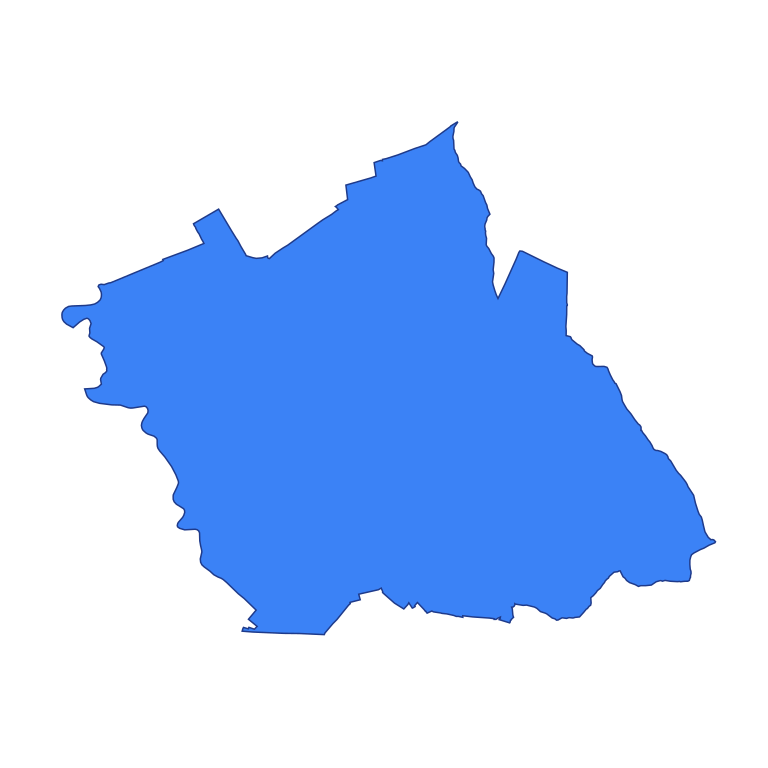 Vorona, Botosani, Romania, rotated 354°
{"feature_id": "2599482B82884010632757", "entity_name": "Vorona", "entity_type": "district", "adm_level": 2, "iso_a3": "ROU", "parent_name": "Romania", "parent_adm1": "Botosani", "projection": "mercator", "projection_center": [26.622, 47.579], "detail": "fine", "context": "isolated", "style": "filled", "palette": "blue", "viewbox_px": 768, "rotation_deg": 354, "n_neighbors": 0, "source": "geoboundaries", "source_scale": "gbopen_adm2", "svg_char_len": 6123}
<svg xmlns="http://www.w3.org/2000/svg" viewBox="0 0 768 768"><g transform="rotate(354 384 384)"><path d="M298.4,627.0L299.3,625.4L308.1,617.0L312.6,613.3L325.6,600.3L327.5,598.9L327.2,598.0L327.4,597.6L337.8,596.1L336.9,590.4L357.0,588.0L359.9,586.7L361.0,590.3L360.8,591.2L361.6,592.2L371.5,603.0L380.2,609.8L384.7,605.8L385.8,604.2L388.7,609.8L389.1,609.8L391.7,608.6L391.4,607.6L394.4,604.8L400.2,612.4L401.4,614.4L401.7,614.3L402.9,616.4L407.8,614.8L409.4,615.8L416.3,617.6L417.7,618.2L422.4,619.2L429.3,621.5L431.6,622.7L433.7,622.9L438.0,624.3L438.1,622.7L447.8,624.9L464.4,627.8L468.9,628.9L468.9,629.6L470.8,629.8L472.8,628.8L475.4,627.9L475.0,629.3L473.9,630.4L484.0,634.7L484.4,634.3L485.1,632.3L485.7,632.1L486.1,631.4L488.5,629.5L488.2,628.7L488.0,627.1L488.1,620.9L487.6,619.3L489.0,619.3L490.4,618.4L491.2,616.9L491.2,616.2L491.9,616.7L499.2,618.7L502.7,618.8L510.4,621.6L512.6,623.1L515.8,626.7L520.3,628.7L521.8,629.6L526.8,634.3L529.4,635.4L530.9,636.9L532.5,636.9L536.2,635.3L537.0,635.2L541.0,636.2L543.6,635.7L547.1,636.4L548.4,636.4L549.2,636.1L554.1,636.1L558.8,631.9L561.7,629.0L562.8,628.6L564.6,626.6L566.4,625.6L567.1,623.5L567.3,618.2L567.6,617.9L570.0,616.4L573.0,613.7L574.6,611.8L577.7,609.8L580.7,606.2L582.5,604.5L583.5,602.9L585.6,601.2L586.9,600.5L587.9,598.9L593.1,595.2L596.8,595.1L598.2,594.5L599.3,594.5L601.6,600.7L603.4,602.4L604.7,604.7L607.5,607.2L612.9,609.8L615.9,611.9L618.2,611.4L623.0,611.9L628.9,611.9L634.1,609.1L638.2,608.4L638.9,608.5L640.3,609.2L643.0,608.7L648.2,610.1L655.0,611.2L657.5,611.3L658.3,611.7L661.9,611.6L665.6,611.9L667.1,611.3L667.9,609.3L668.5,608.6L668.9,606.4L669.6,604.4L669.7,602.3L669.2,600.1L669.3,595.5L669.8,591.1L671.2,587.3L671.7,586.8L671.9,586.0L674.7,584.4L681.4,581.7L685.0,580.7L690.4,578.3L696.5,576.5L697.2,575.5L695.9,573.7L694.8,573.1L692.5,572.9L692.1,572.1L690.5,570.5L688.0,565.1L687.7,564.2L686.9,558.2L686.3,552.7L685.7,549.5L683.9,546.6L683.0,543.4L681.3,535.1L680.3,527.0L675.6,517.9L675.0,515.6L673.8,512.9L669.5,505.9L667.6,503.6L665.6,500.4L661.1,490.5L659.0,487.9L658.7,485.8L657.7,483.8L656.0,482.4L652.3,480.0L649.1,478.7L647.5,478.5L645.9,477.5L645.4,476.8L644.8,475.6L644.1,473.2L642.3,469.3L640.8,467.1L638.6,462.9L636.2,459.3L635.3,457.0L634.7,457.0L635.1,454.4L635.0,453.2L634.0,451.5L632.7,450.4L629.6,445.5L626.4,439.4L622.9,434.3L621.0,430.1L619.4,426.4L619.1,424.3L619.0,420.3L617.9,416.2L614.8,407.9L613.7,407.3L613.0,405.5L612.0,403.8L610.0,398.6L608.7,394.4L608.3,392.4L607.5,390.7L604.7,389.5L597.9,388.9L596.2,388.6L595.2,387.8L593.7,385.9L593.5,384.9L593.5,381.6L594.2,378.9L594.0,377.8L589.5,374.8L587.2,372.6L586.6,371.8L586.5,370.8L582.8,366.3L580.4,364.6L575.6,359.7L575.0,358.4L574.8,357.2L574.2,356.4L570.2,354.9L570.8,350.0L570.9,345.8L572.9,334.2L573.9,325.4L574.4,325.2L574.6,324.5L574.2,322.3L574.8,316.1L575.5,312.9L578.0,292.1L568.5,286.9L555.9,279.3L535.6,266.5L533.0,265.9L531.9,267.2L528.5,273.6L514.7,297.3L506.3,310.9L505.0,307.0L504.0,302.8L502.9,296.9L502.6,293.7L504.7,285.5L504.5,281.8L506.1,274.4L506.6,270.2L506.1,268.4L504.4,265.5L502.3,260.1L500.7,257.8L500.2,256.2L501.2,249.8L500.7,246.8L500.7,244.2L501.1,242.6L500.7,241.3L500.8,240.1L500.6,238.2L500.9,236.6L501.3,235.3L503.3,231.7L503.8,229.6L504.7,228.3L507.1,226.2L505.3,220.2L505.0,216.8L504.0,214.2L502.3,207.1L500.9,205.0L500.1,202.3L498.4,200.8L496.8,199.9L495.0,197.4L493.7,193.5L493.0,190.1L491.5,187.0L489.9,182.3L486.6,178.0L483.5,175.2L483.1,173.3L481.9,171.7L481.4,170.5L481.3,166.9L480.8,164.2L479.6,162.0L479.1,160.8L478.9,159.0L478.2,157.6L478.7,149.0L478.3,147.0L478.4,144.9L479.9,140.2L480.4,136.9L480.8,136.0L484.5,131.6L484.2,131.1L477.5,134.3L476.5,135.2L455.0,147.7L450.7,150.5L439.6,152.9L421.8,157.6L409.8,160.1L405.9,160.5L405.8,161.8L403.9,161.3L397.3,162.8L397.8,176.4L392.3,177.7L366.9,182.2L367.1,196.8L356.6,201.0L355.7,201.7L354.2,202.4L355.3,203.5L356.8,205.8L354.6,206.8L349.7,209.8L340.3,214.3L335.1,217.2L302.7,235.9L297.9,238.1L289.5,242.5L283.1,247.3L281.9,246.8L281.5,245.9L281.5,244.5L275.9,245.8L270.1,245.7L266.8,244.7L260.3,242.0L259.9,240.6L256.0,232.1L253.7,226.3L252.3,223.8L248.4,215.7L237.8,192.8L211.3,204.7L211.8,206.5L212.9,208.4L213.2,209.8L214.6,213.3L215.8,215.4L217.7,220.9L218.8,223.2L219.6,225.4L202.8,230.4L177.0,237.0L177.4,238.2L174.3,239.4L122.8,254.7L120.7,254.8L116.1,255.9L113.0,255.2L111.1,255.6L110.6,255.9L109.9,257.3L111.0,259.2L112.3,262.9L112.4,265.0L112.1,267.2L111.6,268.8L110.4,270.8L107.6,272.9L104.6,274.2L100.4,274.7L95.3,274.7L81.7,273.8L78.4,273.9L75.1,275.3L73.1,277.0L71.9,278.6L71.3,279.7L70.9,281.6L70.8,284.4L71.1,286.3L72.2,288.6L74.6,291.3L80.7,295.5L87.8,290.5L92.2,288.3L95.2,287.6L96.3,287.9L97.2,288.7L98.2,290.3L99.0,293.3L97.0,297.8L96.8,302.5L95.8,304.9L95.7,305.7L96.6,307.1L98.0,308.5L102.9,312.0L109.1,317.5L109.6,318.4L109.0,319.9L106.1,323.6L106.0,324.6L108.3,331.8L109.7,337.5L110.0,339.2L109.7,340.4L109.7,342.0L108.3,343.5L105.6,345.0L102.9,348.7L102.6,350.0L102.9,354.6L99.9,356.8L98.6,357.4L95.4,358.0L85.8,357.6L87.1,363.7L87.7,365.5L88.6,366.9L90.7,369.2L93.3,371.2L99.1,373.5L111.1,376.3L119.6,377.4L127.0,380.8L129.1,381.4L131.5,381.6L143.4,381.0L145.0,381.7L146.3,383.7L146.6,385.8L146.1,388.0L141.7,393.2L139.9,395.8L139.1,397.4L138.4,399.8L138.6,402.4L139.2,404.3L140.0,405.4L142.2,407.8L144.1,409.2L149.8,411.8L151.9,413.9L152.6,415.5L152.1,420.8L152.1,422.6L152.5,424.4L153.9,427.1L158.4,433.6L164.1,443.9L167.5,452.5L169.3,459.0L169.3,460.9L168.9,461.9L167.1,465.3L162.9,472.1L162.6,473.4L162.3,476.7L163.0,479.2L164.9,481.8L171.7,487.1L172.4,488.7L172.4,490.8L171.2,493.6L169.8,495.6L165.1,500.0L164.3,501.1L163.6,503.1L163.8,504.5L165.7,506.2L170.5,508.2L181.0,508.7L183.0,509.4L184.3,510.7L185.0,512.7L184.4,520.7L184.7,525.4L185.3,530.2L185.3,532.0L183.0,538.8L183.0,542.1L184.0,544.8L186.0,547.1L191.4,552.0L194.8,555.9L198.7,558.6L201.6,560.1L203.6,561.6L206.9,565.1L217.2,577.4L222.5,582.7L233.2,595.5L224.6,603.8L232.5,611.8L229.5,614.3L224.2,611.9L223.4,613.3L218.8,611.4L217.9,612.9L217.1,615.0L227.3,616.9L258.3,621.5L273.8,623.3L298.4,627.0Z" fill="#3b82f6" stroke="#1e3a8a" stroke-width="1.5"/></g></svg>